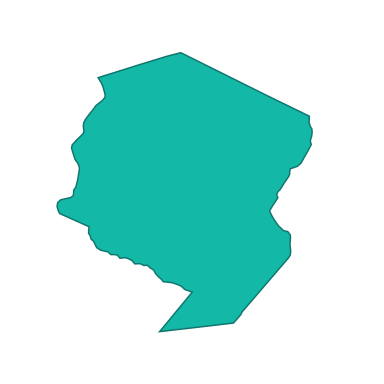 Santo Antônio dos Lopes, Maranhão, Brazil, rotated 164°
{"feature_id": "56859067B82634178607747", "entity_name": "Santo Antônio dos Lopes", "entity_type": "district", "adm_level": 2, "iso_a3": "BRA", "parent_name": "Brazil", "parent_adm1": "Maranhão", "projection": "mercator", "projection_center": [-44.464, -4.813], "detail": "fine", "context": "isolated", "style": "filled", "palette": "teal", "viewbox_px": 384, "rotation_deg": 164, "n_neighbors": 0, "source": "geoboundaries", "source_scale": "gbopen_adm2", "svg_char_len": 1700}
<svg xmlns="http://www.w3.org/2000/svg" viewBox="0 0 384 384"><g transform="rotate(164 192 192)"><path d="M114.7,129.6L116.5,132.9L118.0,135.0L119.7,139.8L120.9,143.3L121.9,147.8L122.7,152.4L119.3,155.7L117.1,157.6L111.0,162.8L111.4,165.9L109.9,168.1L106.2,170.4L103.1,173.2L101.3,174.9L99.1,176.7L94.7,180.3L93.2,182.3L92.3,185.0L91.2,187.2L88.0,187.4L83.6,187.6L79.8,189.4L77.5,191.4L74.6,194.4L71.0,197.8L68.3,200.5L64.3,204.7L64.2,208.6L61.6,212.7L60.1,216.1L59.4,219.6L60.2,222.5L60.3,226.5L58.3,232.5L95.5,266.0L164.4,329.0L179.5,329.4L206.8,328.9L250.7,327.8L249.1,321.7L248.6,318.3L248.6,312.9L248.7,309.3L249.6,307.1L252.6,304.8L255.9,303.5L260.8,301.4L263.4,299.2L269.4,295.0L274.7,290.9L276.9,288.6L278.4,285.0L279.0,280.6L280.4,278.3L283.6,276.4L288.2,274.0L294.2,270.3L295.7,267.3L295.6,261.4L295.4,255.4L293.8,250.9L293.5,247.3L294.0,244.8L295.8,241.1L298.3,235.6L302.4,228.6L305.0,226.6L305.9,224.3L307.0,221.4L309.9,220.1L320.3,220.7L324.0,218.9L325.7,215.3L325.7,210.6L325.2,207.8L300.5,187.0L302.0,183.4L302.8,180.7L302.0,178.3L302.0,174.5L300.2,171.8L299.5,167.7L298.9,164.8L295.8,161.2L292.0,159.1L289.4,157.7L287.3,154.2L283.8,153.2L281.1,151.9L279.5,148.2L276.9,147.7L274.1,147.3L271.2,145.1L268.7,142.9L266.8,138.7L261.6,137.4L258.6,134.7L255.1,133.8L252.8,130.2L250.3,127.5L249.5,123.5L247.7,119.9L245.3,116.2L244.3,113.6L241.7,112.7L235.8,110.1L232.4,107.7L230.4,106.2L228.2,104.3L225.8,100.3L223.4,98.6L219.4,95.7L261.6,66.7L188.2,54.6L183.8,57.5L181.6,58.8L178.7,60.9L177.0,62.9L170.2,67.3L138.6,88.1L116.8,102.5L114.8,104.5L113.4,108.0L112.4,114.1L111.3,117.4L110.2,120.0L109.3,123.6L110.9,127.6L114.7,129.6Z" fill="#14b8a6" stroke="#0f766e" stroke-width="1.5"/></g></svg>